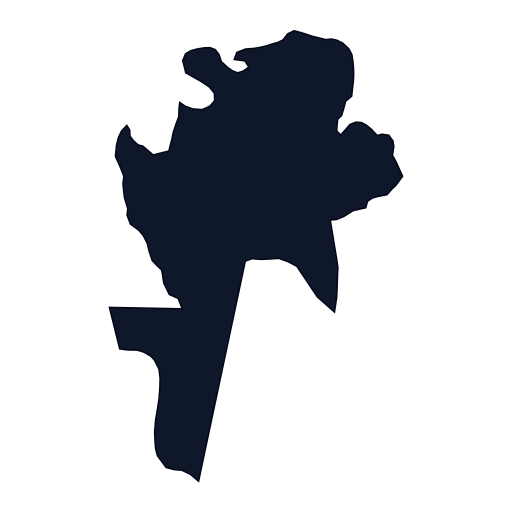 outline of Salinópolis, Pará, Brazil
{"feature_id": "56859067B4042781644411", "entity_name": "Salinópolis", "entity_type": "district", "adm_level": 2, "iso_a3": "BRA", "parent_name": "Brazil", "parent_adm1": "Pará", "projection": "natural_earth1", "projection_center": [-47.351, -0.707], "detail": "fine", "context": "isolated", "style": "filled", "palette": "ink", "viewbox_px": 512, "rotation_deg": 0, "n_neighbors": 0, "source": "geoboundaries", "source_scale": "gbopen_adm2", "svg_char_len": 2005}
<svg xmlns="http://www.w3.org/2000/svg" viewBox="0 0 512 512"><path d="M198.6,481.3L203.8,456.5L221.8,371.7L245.3,261.2L251.8,258.7L260.9,259.4L268.0,259.1L278.8,258.4L287.8,261.6L296.8,266.3L317.3,296.9L334.5,312.1L336.7,297.3L337.1,288.7L337.6,273.5L337.9,267.5L336.4,257.3L330.3,220.1L336.9,219.4L344.0,216.4L353.2,210.6L365.7,207.8L367.5,201.4L372.2,198.1L377.8,196.5L387.0,194.7L391.8,189.2L395.7,185.6L402.6,176.3L396.3,162.3L392.5,155.3L393.8,146.5L393.0,141.0L388.8,135.2L382.0,134.2L377.3,135.5L371.1,129.0L366.2,125.0L361.3,122.5L356.1,122.1L350.0,124.4L345.5,129.6L340.8,134.9L336.7,131.1L337.1,125.4L337.7,119.3L341.6,115.6L343.7,108.6L345.6,101.3L351.7,96.1L352.5,88.4L353.4,81.0L353.7,74.7L353.5,67.9L352.9,61.3L351.9,54.6L348.8,48.8L342.9,43.2L336.9,40.2L331.5,39.0L325.8,39.6L318.2,37.7L312.1,36.2L306.8,34.4L300.8,32.5L294.1,30.7L287.7,33.8L283.0,39.9L278.1,42.3L272.5,43.9L266.3,45.9L259.3,47.5L253.7,48.4L245.6,49.0L236.8,52.4L234.2,59.5L245.0,60.9L248.8,67.1L242.7,71.3L237.6,72.8L232.3,70.7L226.9,66.8L221.3,61.5L218.9,54.3L215.2,49.6L210.0,47.6L204.4,47.8L197.0,49.0L191.0,50.6L185.6,53.7L182.7,60.6L184.4,67.1L185.7,72.8L201.5,81.7L209.2,86.9L214.4,93.3L214.6,100.7L209.9,106.1L202.1,109.6L192.7,108.9L185.1,106.1L179.7,102.4L179.0,108.6L178.8,116.6L176.0,124.1L173.3,132.1L171.9,139.1L168.8,151.0L153.1,154.9L146.7,149.4L142.8,146.1L138.1,144.9L133.4,140.6L130.0,136.0L129.7,129.9L126.8,125.4L121.6,130.9L118.4,137.5L116.5,145.1L115.4,156.4L119.9,166.3L123.9,176.4L122.9,183.7L124.4,197.5L127.8,208.8L127.0,215.1L130.5,224.2L138.6,230.1L143.2,235.5L147.2,243.3L149.2,251.5L152.2,260.5L156.6,265.2L161.7,270.0L163.8,283.2L169.3,294.5L178.2,298.5L182.2,308.8L109.4,307.4L119.7,348.9L127.8,350.0L137.1,350.1L143.7,352.1L150.8,356.2L154.5,360.2L159.0,369.2L160.1,378.5L159.8,388.7L159.0,398.9L157.4,409.3L155.6,420.0L154.6,431.9L155.0,441.3L155.6,448.7L157.4,455.7L166.1,467.5L174.1,469.6L182.0,470.3L190.7,474.6L198.6,481.3Z" fill="#0f172a" stroke="#020617" stroke-width="1.5"/></svg>